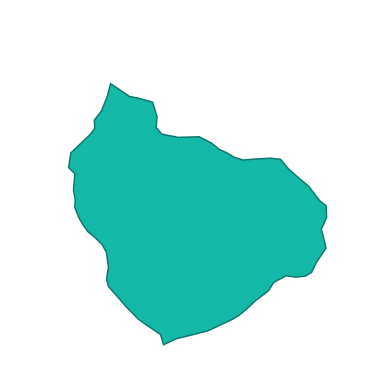 Leonarisso, Cyprus (Robinson projection), rotated 65°
{"feature_id": "46923920B82945546489957", "entity_name": "Leonarisso", "entity_type": "district", "adm_level": 2, "iso_a3": "CYP", "parent_name": "Cyprus", "parent_adm1": "", "projection": "robinson", "projection_center": [34.124, 35.465], "detail": "fine", "context": "isolated", "style": "filled", "palette": "teal", "viewbox_px": 384, "rotation_deg": 65, "n_neighbors": 0, "source": "geoboundaries", "source_scale": "gbopen_adm2", "svg_char_len": 989}
<svg xmlns="http://www.w3.org/2000/svg" viewBox="0 0 384 384"><g transform="rotate(65 192 192)"><path d="M59.5,220.0L69.7,228.6L80.3,239.8L85.6,250.2L93.3,253.2L97.1,260.7L101.6,274.1L105.4,285.3L117.6,293.5L126.0,290.5L140.4,298.7L149.5,301.0L156.4,304.7L167.0,305.4L175.4,304.7L183.8,303.2L191.4,299.5L201.3,295.7L210.4,295.0L224.8,299.5L234.7,306.2L242.3,307.7L254.5,304.0L268.2,300.2L284.9,294.2L294.1,289.0L307.8,280.8L318.4,282.3L318.4,268.1L322.2,248.7L324.5,236.0L324.5,222.6L324.5,209.9L323.7,201.7L320.7,190.5L317.6,181.5L313.8,164.4L308.5,156.2L307.7,142.0L313.1,133.8L316.1,124.8L315.3,117.4L308.5,109.1L299.4,94.2L288.7,92.0L280.4,90.5L272.0,80.8L261.3,76.3L253.7,80.0L236.2,83.8L220.3,91.2L211.1,95.0L199.7,98.0L194.4,106.9L189.9,118.1L184.5,132.3L178.4,139.0L170.8,144.2L164.8,149.4L155.6,153.9L145.0,162.1L136.6,181.5L126.7,195.0L118.4,197.2L109.2,192.0L94.0,189.7L84.9,200.2L78.8,208.4L67.4,215.1L59.5,220.0Z" fill="#14b8a6" stroke="#0f766e" stroke-width="1.5"/></g></svg>